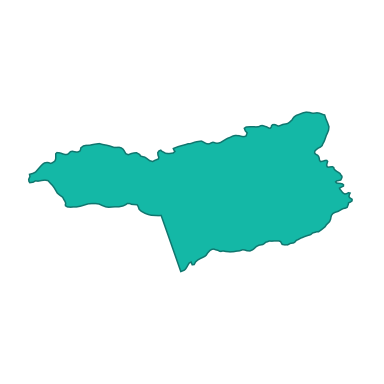 outline of São Domingos do Capim, Pará, Brazil, rotated 71°
{"feature_id": "56859067B64109293374612", "entity_name": "São Domingos do Capim", "entity_type": "district", "adm_level": 2, "iso_a3": "BRA", "parent_name": "Brazil", "parent_adm1": "Pará", "projection": "equal_earth", "projection_center": [-47.789, -1.928], "detail": "fine", "context": "isolated", "style": "filled", "palette": "teal", "viewbox_px": 384, "rotation_deg": 71, "n_neighbors": 0, "source": "geoboundaries", "source_scale": "gbopen_adm2", "svg_char_len": 4616}
<svg xmlns="http://www.w3.org/2000/svg" viewBox="0 0 384 384"><g transform="rotate(71 192 192)"><path d="M263.6,228.5L263.5,226.5L263.4,224.8L262.8,223.3L261.9,222.1L261.0,221.0L260.0,219.9L258.3,217.9L257.9,215.7L259.5,215.6L260.9,215.5L261.3,213.6L259.3,211.4L258.2,208.8L257.6,205.7L257.4,203.6L257.0,200.8L256.4,199.2L254.7,197.0L253.1,194.0L252.7,191.7L253.1,189.9L254.2,188.6L255.8,186.2L256.9,185.3L257.6,184.1L257.7,182.6L258.2,181.1L259.0,179.9L259.6,178.6L260.3,177.0L261.0,175.5L262.0,171.9L262.4,169.2L263.1,166.2L263.1,162.8L264.1,160.9L265.4,159.2L266.6,156.4L266.4,153.8L266.0,152.3L264.5,148.9L264.1,146.0L264.7,142.2L264.2,140.2L263.5,138.7L263.6,137.0L263.5,134.8L264.4,132.7L265.0,130.3L265.8,128.0L266.5,125.9L267.7,124.4L270.9,123.8L272.2,121.5L272.6,120.1L273.1,118.8L272.9,117.3L272.6,115.8L273.2,112.5L272.8,111.0L271.7,109.1L271.5,106.8L271.0,104.2L271.0,102.7L270.8,100.2L270.8,98.4L270.8,96.6L270.9,95.1L270.9,93.6L270.0,91.3L270.2,88.8L270.2,87.0L270.8,85.3L269.6,81.3L268.2,77.5L266.8,75.7L264.8,71.6L262.8,69.8L261.5,69.1L259.5,67.8L258.2,65.8L257.8,63.3L257.9,60.2L257.1,56.1L256.9,54.4L257.2,52.1L257.0,50.3L254.5,48.2L253.2,47.5L253.1,45.6L252.5,43.6L251.0,43.0L249.0,44.6L247.5,45.1L245.8,44.2L244.5,42.9L243.6,44.3L243.9,46.0L243.7,48.1L242.6,49.1L241.5,49.8L240.1,50.3L238.8,50.7L237.8,51.2L236.4,51.3L236.0,49.1L235.7,46.9L234.5,46.4L233.2,47.3L232.0,49.3L231.3,51.0L230.5,52.4L229.2,52.9L228.6,51.6L228.9,49.8L229.1,47.5L228.1,46.4L226.9,45.4L225.8,45.1L224.6,45.6L222.7,46.0L221.2,47.1L219.7,48.4L218.3,49.3L217.2,49.9L216.1,50.2L215.0,50.0L213.8,51.0L213.3,53.0L212.9,55.1L212.1,56.0L210.3,55.9L208.6,54.8L207.2,53.8L206.0,54.3L205.5,55.9L205.5,58.0L205.1,60.6L203.3,61.1L201.4,60.7L199.6,60.7L198.1,61.3L196.6,62.7L195.2,63.4L193.4,62.6L192.6,61.2L191.6,58.4L191.3,55.9L190.5,53.9L189.0,52.6L187.5,50.9L185.8,49.4L183.9,47.9L182.1,46.5L180.5,44.9L177.9,42.7L174.9,41.3L170.7,41.3L166.4,41.6L162.3,41.5L161.6,42.7L160.1,44.4L158.8,46.1L157.8,48.1L157.4,50.2L157.0,51.9L156.3,53.2L155.2,54.7L153.7,58.0L153.3,61.1L153.4,63.7L153.5,66.1L153.5,68.3L154.2,70.9L155.4,72.8L156.4,73.9L157.2,75.8L157.8,77.1L158.3,78.9L158.3,80.4L157.7,84.1L157.9,87.5L157.7,89.1L155.7,91.1L155.0,92.3L154.6,93.8L155.2,95.2L156.2,95.7L157.2,97.1L156.7,98.4L155.6,99.4L154.7,100.2L153.9,101.4L152.9,102.6L152.0,104.0L151.7,105.5L152.0,107.5L151.3,110.4L150.4,112.3L149.2,115.9L148.6,118.1L148.2,119.7L148.8,121.8L151.5,121.7L152.9,121.1L154.1,120.6L155.4,121.7L156.5,122.4L156.7,124.0L156.3,125.7L155.2,127.6L154.1,129.2L153.6,130.5L152.8,132.1L152.5,133.7L152.4,135.2L152.8,138.6L152.8,140.5L153.1,142.4L154.1,147.1L154.5,148.9L154.4,150.8L154.1,152.4L153.4,153.8L152.5,154.9L151.8,156.0L151.8,158.0L152.1,159.5L151.8,161.1L150.9,162.7L149.9,163.7L148.7,164.8L147.8,165.6L146.9,166.6L146.3,169.6L146.0,171.3L145.8,173.2L145.8,176.7L145.7,178.2L145.1,180.0L145.1,182.5L144.8,186.7L144.6,190.3L144.8,195.5L146.1,195.5L148.1,194.9L149.0,197.1L148.5,199.8L148.1,201.5L146.8,204.4L145.2,205.8L143.4,207.5L142.3,207.9L142.4,209.8L143.6,211.5L145.3,212.0L146.6,212.2L148.2,212.0L149.8,213.0L150.0,217.0L150.4,219.2L148.7,221.7L146.9,223.0L145.2,224.1L143.6,225.4L142.9,226.6L141.3,228.9L139.5,229.3L136.8,231.7L136.2,234.2L135.9,236.7L136.0,240.1L134.4,242.0L133.3,242.3L131.1,242.7L129.2,243.2L127.3,244.5L126.0,246.4L125.4,248.4L124.5,251.2L121.7,254.8L119.9,257.6L118.7,259.8L118.0,261.0L117.2,262.2L116.1,263.8L115.7,265.6L115.2,268.2L114.8,270.6L114.5,273.5L113.9,275.5L113.4,277.1L113.1,279.7L114.1,282.7L115.5,283.5L116.6,284.3L117.0,286.0L116.9,287.7L115.5,290.3L114.5,291.9L114.3,293.8L115.3,295.8L115.9,297.4L115.5,299.2L114.8,300.5L113.8,301.9L112.8,303.1L111.8,304.6L110.8,306.9L111.5,308.4L113.6,309.1L116.1,310.0L117.8,311.2L118.4,312.5L118.9,314.5L119.0,316.3L117.6,318.0L116.9,319.4L116.5,322.1L117.1,324.2L118.4,326.8L122.2,333.4L122.6,336.3L122.4,339.9L124.6,340.2L126.9,342.3L128.9,342.7L130.4,342.3L131.0,339.0L130.5,336.4L131.6,334.1L132.2,330.2L132.9,327.1L134.4,324.4L138.0,322.9L140.3,321.8L143.2,320.9L149.2,319.7L151.7,318.2L153.7,316.8L154.8,316.0L157.5,315.6L159.7,315.1L161.6,315.1L162.6,315.8L163.8,316.1L165.5,314.7L166.8,311.8L167.5,309.0L168.5,306.1L169.1,302.0L169.4,294.0L170.3,290.6L171.6,286.8L173.1,283.8L175.5,281.3L178.0,278.3L179.3,275.7L180.8,270.0L182.2,265.9L182.7,261.8L182.4,258.8L181.8,256.9L182.8,254.3L183.9,253.3L185.4,249.9L186.1,248.1L188.1,247.6L191.2,247.6L193.6,246.3L196.7,243.5L198.0,242.0L199.3,240.3L200.7,238.1L202.3,234.2L203.6,230.9L204.1,228.8L234.1,228.6L235.3,228.6L263.6,228.5Z" fill="#14b8a6" stroke="#0f766e" stroke-width="1.5"/></g></svg>